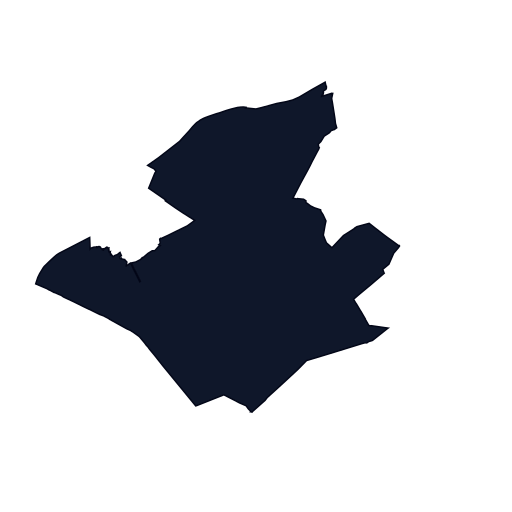 Aizkraukles pag., Aizkraukles, Latvia, rotated 134°
{"feature_id": "27541924B10517585408275", "entity_name": "Aizkraukles pag.", "entity_type": "district", "adm_level": 2, "iso_a3": "LVA", "parent_name": "Latvia", "parent_adm1": "Aizkraukles", "projection": "equal_earth", "projection_center": [25.231, 56.65], "detail": "fine", "context": "isolated", "style": "filled", "palette": "ink", "viewbox_px": 512, "rotation_deg": 134, "n_neighbors": 0, "source": "geoboundaries", "source_scale": "gbopen_adm2", "svg_char_len": 5588}
<svg xmlns="http://www.w3.org/2000/svg" viewBox="0 0 512 512"><g transform="rotate(134 256 256)"><path d="M371.1,150.4L370.5,150.5L353.5,149.2L350.1,149.6L330.1,148.3L308.4,147.1L296.1,147.0L280.0,138.0L270.8,132.9L245.4,118.9L243.4,117.7L243.0,117.5L242.8,117.4L241.7,116.1L241.3,115.9L240.7,115.7L239.6,115.6L239.3,115.5L236.7,114.0L235.9,113.6L235.4,113.5L216.6,111.0L216.1,110.9L217.4,112.7L218.0,113.5L226.0,124.6L226.3,124.7L227.6,126.5L225.5,133.8L225.3,133.8L222.9,142.2L222.9,142.5L220.7,150.5L220.8,150.6L219.4,155.8L212.6,155.2L196.2,153.4L179.3,151.8L179.2,152.2L177.9,154.9L177.8,155.4L177.7,155.6L169.6,154.7L158.3,158.9L151.5,159.3L151.3,159.3L149.1,159.7L149.0,160.3L149.4,160.4L149.4,160.5L150.3,166.9L151.4,174.5L151.8,177.6L152.3,182.1L153.1,189.4L153.9,197.2L153.9,197.3L164.8,203.8L167.3,204.4L167.4,204.2L173.9,205.7L180.5,207.3L197.3,207.1L197.6,214.5L196.2,217.8L194.2,222.1L185.3,228.1L182.2,230.0L179.7,236.5L178.8,240.4L177.9,241.6L180.8,247.6L181.7,250.5L182.1,251.5L182.5,255.5L182.8,256.6L182.9,256.8L182.9,257.2L182.8,257.3L182.6,257.5L181.6,258.4L182.1,261.2L185.8,265.9L185.8,266.0L186.5,266.2L186.6,266.3L187.3,267.2L187.8,268.2L188.5,269.2L188.9,269.6L184.2,271.0L172.2,274.6L160.2,277.9L158.4,278.4L153.3,279.9L149.0,281.3L145.8,282.2L139.3,284.1L135.0,285.3L134.3,286.0L134.1,285.9L133.8,286.9L133.4,287.5L132.2,288.9L128.7,288.8L122.4,290.2L116.3,288.8L115.2,288.9L114.1,289.0L113.9,289.0L113.4,289.0L112.4,288.4L111.6,288.1L110.7,287.5L107.7,287.0L105.4,291.0L102.5,294.5L101.8,295.4L97.4,301.2L92.5,307.7L91.0,309.8L90.0,311.1L86.0,313.6L87.0,314.1L86.4,314.6L95.8,319.7L95.7,319.8L94.5,320.3L94.2,320.3L93.7,320.1L92.9,320.1L92.7,320.1L92.4,320.4L92.5,320.6L92.2,320.9L92.1,321.0L91.9,321.0L91.6,321.0L91.4,321.1L91.3,321.5L91.2,321.7L90.9,321.9L90.0,322.0L88.9,321.8L88.1,321.5L87.0,321.6L86.6,321.8L86.3,322.0L85.9,322.3L85.8,322.5L85.3,323.1L85.1,323.2L85.2,323.4L85.4,323.6L85.2,324.0L84.8,324.1L84.7,324.2L84.7,324.3L82.9,327.1L84.2,327.4L97.1,331.3L111.6,335.3L118.3,338.0L124.2,341.6L131.8,347.0L145.4,355.1L150.3,358.2L156.8,366.5L156.1,366.6L157.5,368.5L159.5,370.4L161.9,372.4L164.9,374.3L167.8,376.1L171.5,378.2L174.6,379.8L178.2,381.6L181.1,383.3L184.2,384.9L188.1,386.9L191.2,388.4L193.5,389.4L196.9,390.5L198.9,390.8L201.1,391.3L202.7,391.4L204.6,391.4L207.1,391.4L212.6,391.0L221.3,390.8L226.6,390.6L253.2,394.4L266.1,396.9L265.1,393.1L264.1,390.0L264.5,386.7L266.6,386.4L276.3,382.5L281.8,380.3L281.3,377.3L280.9,374.9L278.4,359.6L279.3,359.6L277.4,347.6L275.6,337.7L275.2,336.0L274.4,331.9L272.9,324.8L276.0,325.3L281.8,326.3L282.7,326.6L294.0,330.7L297.1,331.8L302.4,333.7L309.3,336.4L309.6,337.0L310.8,337.0L313.0,334.1L313.8,333.7L315.5,333.8L315.1,332.1L317.1,332.7L318.1,332.7L319.0,332.6L322.5,332.5L324.3,334.3L329.0,335.5L336.0,336.2L336.1,336.7L338.7,336.6L343.8,338.3L347.2,340.6L347.6,340.8L350.0,334.4L350.2,333.7L350.5,332.8L352.1,328.4L352.7,326.6L354.5,321.6L355.3,321.7L352.3,330.1L350.7,334.9L350.6,335.3L349.9,336.9L349.5,338.1L348.5,340.8L348.3,341.4L349.4,341.7L350.9,341.9L351.9,342.0L352.8,342.4L353.1,342.3L353.3,342.5L351.9,343.4L350.0,344.7L349.9,346.9L349.8,348.0L350.3,348.7L350.2,348.7L351.3,350.3L351.2,350.8L351.3,350.8L351.1,351.6L352.2,351.8L351.4,353.6L349.3,353.0L348.0,356.1L347.9,356.3L349.0,356.5L349.1,356.4L350.3,356.6L351.4,356.8L352.1,357.1L352.6,357.4L353.3,357.8L354.0,358.0L355.3,358.0L355.5,358.3L355.7,358.5L355.4,358.6L355.5,358.8L355.7,359.8L355.7,360.0L355.7,360.3L355.8,360.4L355.9,360.5L356.0,360.5L356.1,360.8L355.8,360.8L355.4,361.0L355.5,361.2L355.8,361.1L356.0,361.1L356.3,361.4L356.1,361.6L355.9,361.8L355.8,362.0L355.5,362.1L355.2,362.1L355.1,362.5L354.9,363.2L354.2,363.7L355.1,363.9L355.3,364.0L355.1,364.4L354.9,364.5L354.8,365.0L354.5,365.0L354.4,365.1L354.6,365.4L354.6,365.5L354.3,365.9L354.1,365.9L353.9,366.0L353.9,366.3L354.0,366.5L353.9,366.6L353.6,366.7L353.4,366.6L353.2,366.6L353.1,366.8L353.0,367.1L352.6,367.3L352.8,367.4L353.0,367.7L352.9,367.8L352.8,368.2L352.8,368.3L352.9,368.5L353.2,368.5L353.3,368.6L353.6,368.8L353.7,369.2L353.7,369.3L353.4,369.3L353.3,369.5L353.6,369.6L353.8,369.6L354.0,369.7L354.7,369.8L354.7,369.6L354.9,369.6L355.0,369.6L355.6,369.9L355.8,369.9L355.9,370.1L356.1,370.2L356.4,370.2L356.4,370.3L356.4,370.5L357.2,371.1L357.5,371.4L357.9,370.3L358.1,370.7L358.3,371.3L358.2,371.6L358.3,372.2L358.2,372.6L357.8,373.7L357.7,374.1L357.7,374.4L358.0,374.9L358.1,375.4L358.6,375.8L359.2,376.2L359.5,376.3L360.4,376.1L360.5,376.2L360.5,376.5L360.2,376.6L360.1,376.8L360.1,377.1L361.0,377.6L361.3,377.8L361.6,378.2L362.4,378.9L362.7,378.9L363.1,379.1L363.2,379.3L363.7,379.5L363.8,379.7L364.5,379.9L365.0,380.1L365.9,380.3L366.1,380.1L366.3,380.1L358.2,388.5L390.4,399.4L391.9,399.8L393.8,400.2L396.9,400.5L400.0,400.7L404.0,400.9L408.1,401.0L410.4,401.1L412.2,400.9L414.4,400.4L418.9,399.4L422.9,398.1L427.5,395.9L429.1,395.1L424.8,383.9L424.5,382.8L424.1,381.0L424.0,380.9L423.8,380.6L422.5,375.8L422.2,375.7L420.5,370.9L419.7,369.0L419.4,367.6L419.4,367.1L419.1,365.7L415.5,355.2L412.2,344.8L410.1,338.5L409.7,338.2L409.7,337.5L407.3,329.9L406.8,328.4L406.7,328.6L406.4,327.7L405.6,325.5L404.9,324.0L404.6,322.8L403.7,319.8L403.1,317.8L403.3,317.6L398.1,298.3L396.6,294.2L396.6,293.9L396.6,293.5L396.2,292.0L395.1,284.5L395.1,283.2L395.9,275.7L396.4,272.9L396.5,270.5L397.0,267.9L397.9,259.8L398.1,258.5L399.7,246.6L405.7,195.2L404.3,194.5L378.2,182.7L375.2,172.9L373.1,165.7L370.6,159.1L371.3,155.3L371.4,152.0L371.9,151.8L371.8,151.7L371.5,151.3L371.3,150.9L371.1,150.4Z" fill="#0f172a" stroke="#020617" stroke-width="1.5"/></g></svg>